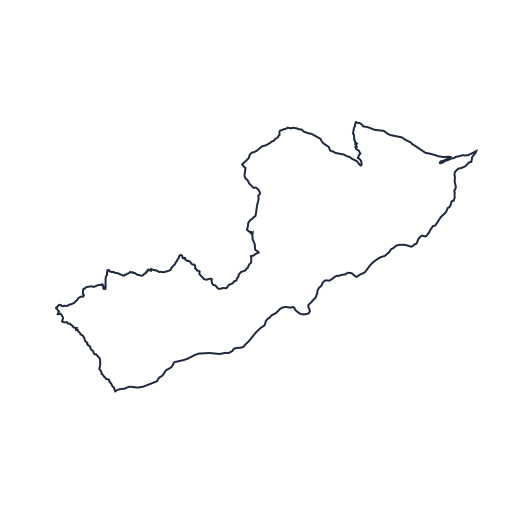 the district of Betulia, Santander, Colombia, rotated 111°
{"feature_id": "7082276B21434370337268", "entity_name": "Betulia", "entity_type": "district", "adm_level": 2, "iso_a3": "COL", "parent_name": "Colombia", "parent_adm1": "Santander", "projection": "mercator", "projection_center": [-73.375, 7.001], "detail": "fine", "context": "isolated", "style": "outline", "palette": "slate", "viewbox_px": 512, "rotation_deg": 111, "n_neighbors": 0, "source": "geoboundaries", "source_scale": "gbopen_adm2", "svg_char_len": 6091}
<svg xmlns="http://www.w3.org/2000/svg" viewBox="0 0 512 512"><g transform="rotate(111 256 256)"><path d="M432.8,339.0L430.9,337.5L429.2,335.5L427.0,331.3L423.8,327.9L422.9,325.8L421.3,319.4L420.4,317.7L419.5,316.7L418.9,315.0L409.2,304.4L408.4,303.7L404.2,302.8L402.1,301.1L400.6,300.3L395.0,299.1L391.1,295.8L389.1,294.8L385.6,294.5L384.2,294.0L379.5,286.8L376.5,283.1L370.7,278.0L367.7,274.6L363.2,264.6L360.5,254.8L357.2,249.6L356.9,248.0L356.1,246.6L353.1,243.9L351.2,243.7L350.3,243.1L349.0,241.4L346.8,236.9L345.2,235.1L342.9,234.4L337.9,232.1L326.7,228.4L321.7,226.0L318.2,223.5L316.9,223.2L313.3,223.5L310.7,222.7L309.1,221.4L305.8,220.2L302.1,216.9L296.7,214.5L294.5,212.7L292.9,210.0L291.8,205.1L290.4,203.4L290.3,202.7L290.7,201.4L291.7,200.9L292.6,199.3L293.6,196.4L294.1,193.5L293.5,190.6L291.8,187.6L290.6,186.2L288.2,185.9L287.0,186.7L284.7,188.9L283.4,189.5L282.6,189.4L280.2,188.2L273.1,185.4L268.6,185.6L265.5,186.2L263.6,185.9L259.9,184.2L256.9,184.2L254.4,182.9L253.6,181.8L252.9,179.1L251.9,177.9L246.6,174.5L245.4,173.3L245.3,172.3L242.7,169.0L241.5,166.5L240.8,165.7L238.8,164.4L237.9,161.2L237.9,160.0L239.3,156.4L239.5,154.7L235.5,151.8L234.0,150.1L231.9,148.4L223.6,146.1L219.9,144.5L215.0,141.3L212.1,138.9L210.0,136.0L204.9,133.1L201.2,132.3L199.5,130.7L196.0,128.7L194.1,126.0L193.0,123.1L192.1,120.3L191.7,114.3L190.1,112.9L188.3,112.3L187.7,111.3L186.6,110.5L181.4,110.5L178.9,109.3L177.4,108.2L177.2,105.1L176.0,104.0L172.4,102.9L169.6,102.7L164.8,101.6L163.2,99.5L153.4,97.4L147.1,94.4L142.5,94.2L140.9,92.9L138.6,92.6L135.1,92.9L134.0,92.3L133.6,91.3L130.3,91.4L128.6,92.3L126.3,92.9L124.0,94.3L122.1,93.9L119.9,94.2L114.9,97.4L111.4,98.4L108.6,100.0L106.0,100.3L102.1,98.6L100.0,95.5L97.1,92.7L92.3,90.7L91.0,88.7L86.4,89.6L82.1,88.5L81.7,88.1L79.2,88.0L83.9,92.2L86.2,94.7L87.3,97.0L87.7,99.1L89.8,101.7L91.7,104.9L93.6,106.3L95.4,109.1L97.0,110.5L99.5,113.5L101.8,115.2L103.4,117.3L103.2,117.8L102.6,117.8L101.3,117.3L100.4,115.7L96.9,112.2L94.0,110.3L94.2,111.7L96.3,116.0L96.9,118.5L97.6,122.1L97.5,123.7L98.3,131.7L99.0,134.6L96.0,147.5L95.7,149.9L94.5,152.4L94.0,157.7L93.0,162.5L94.9,173.7L94.8,176.4L93.4,181.7L95.7,190.3L95.6,196.6L96.0,199.9L96.6,202.3L95.3,204.3L95.1,205.4L94.8,206.8L95.3,209.3L95.0,210.5L95.5,210.9L99.4,210.2L101.6,210.4L107.0,209.3L107.7,208.1L111.2,206.3L112.3,206.1L112.9,205.0L115.3,203.7L115.3,203.3L114.7,202.9L114.9,202.2L116.2,202.9L116.3,202.3L117.1,202.0L117.6,201.2L117.9,201.2L118.6,202.2L119.1,201.2L120.1,201.1L120.8,197.9L123.0,195.3L124.8,196.0L128.0,196.0L128.3,194.2L129.4,192.0L132.9,190.1L134.0,190.6L133.8,191.6L131.3,196.0L130.8,201.6L130.0,203.9L130.3,207.0L129.8,210.4L131.3,218.7L130.9,221.1L131.0,224.6L128.1,227.1L126.7,233.5L125.4,235.7L123.5,237.8L122.1,247.8L122.8,252.2L122.7,256.4L121.6,258.6L122.4,262.0L122.2,263.8L123.2,267.9L124.2,268.7L124.8,272.4L126.1,273.3L128.0,275.8L129.3,277.0L130.3,278.5L131.7,278.6L134.8,277.4L135.5,277.9L137.4,278.2L140.2,280.1L142.0,280.7L143.9,282.6L145.6,283.5L149.1,286.4L151.5,289.7L157.7,293.1L160.2,295.6L161.0,297.0L163.6,298.1L166.9,297.9L168.3,298.3L175.4,301.8L176.7,299.9L177.7,297.3L184.2,295.8L185.4,295.4L187.0,294.1L188.3,291.0L190.7,288.3L193.2,283.0L192.2,280.5L192.9,278.1L194.3,276.1L196.0,274.7L197.0,274.7L198.8,275.4L199.8,275.2L201.5,274.0L208.1,273.2L217.2,271.1L219.1,270.9L220.3,272.0L222.1,272.6L224.4,274.1L226.8,274.9L228.2,275.0L231.6,274.1L234.7,273.9L235.7,271.0L235.3,269.4L236.2,269.5L236.8,268.5L236.6,267.8L235.7,267.4L238.3,266.8L239.5,265.9L241.3,265.4L245.6,261.3L249.5,259.6L250.5,258.8L251.5,254.8L252.0,254.8L254.0,256.9L256.6,258.6L258.0,260.8L259.5,259.7L263.8,258.2L266.3,259.3L270.0,259.5L272.0,260.7L273.2,260.7L276.4,264.3L279.8,265.5L281.2,265.0L283.8,265.7L286.0,265.5L287.3,267.3L290.0,268.1L292.7,270.9L296.7,272.1L297.6,275.1L299.7,278.0L300.0,279.9L298.0,283.4L298.3,285.3L298.1,286.4L295.2,288.6L293.6,288.9L293.3,289.5L293.6,290.8L295.9,293.7L296.2,296.2L293.9,301.0L292.8,302.6L290.8,303.0L290.4,303.4L290.7,306.0L289.5,307.2L289.3,308.5L287.1,309.2L286.1,310.3L286.6,311.2L286.6,312.8L284.7,316.3L284.8,317.4L285.2,318.0L284.8,320.3L284.4,321.0L283.2,321.5L283.4,322.3L284.1,322.9L284.1,323.8L282.2,325.1L282.1,327.0L284.0,327.7L285.7,327.3L287.1,328.0L289.1,328.0L290.9,328.7L292.7,328.7L297.6,330.8L299.2,330.7L300.4,331.4L303.9,335.9L304.6,337.6L304.9,339.4L305.7,340.8L305.2,342.6L305.5,344.1L305.2,344.9L305.9,346.4L305.7,349.2L307.4,348.8L307.5,349.8L307.1,351.5L307.8,352.1L308.8,351.8L309.3,351.9L309.8,352.7L311.1,352.5L312.5,353.8L313.9,354.2L315.3,355.3L316.0,360.2L315.3,363.1L315.7,364.1L315.3,365.2L316.0,365.7L315.9,367.7L317.6,368.5L318.8,369.9L320.0,370.6L320.3,371.7L321.7,372.2L321.9,372.8L321.7,375.4L321.9,376.1L321.5,378.1L322.3,381.8L321.9,383.0L322.7,385.3L322.8,386.9L321.9,388.3L322.2,389.4L322.6,389.6L323.5,389.0L324.5,389.3L326.8,388.4L329.0,388.7L331.2,388.3L334.6,386.9L335.9,386.7L337.1,385.8L340.7,384.8L341.3,386.5L340.3,387.1L339.1,386.9L339.0,388.4L337.8,388.6L337.6,389.7L338.8,390.9L339.3,392.5L343.0,396.3L343.3,398.9L345.9,403.3L347.8,404.2L348.3,405.2L349.2,405.3L353.2,404.2L354.2,402.6L355.8,402.7L356.3,404.4L358.6,406.6L361.1,407.2L365.2,409.2L367.6,411.6L368.1,412.7L370.0,414.1L370.6,415.2L371.0,416.8L372.0,418.2L372.3,419.5L371.7,420.9L371.9,421.6L372.7,422.7L374.4,423.1L375.4,424.0L376.5,423.9L376.8,422.5L377.8,421.5L378.3,420.1L381.3,420.3L381.1,419.2L380.0,418.2L380.1,417.3L382.3,414.4L383.7,413.8L386.6,413.6L386.7,411.2L385.5,408.8L386.5,407.3L385.9,405.0L386.5,404.0L387.0,402.1L388.1,400.8L387.5,397.5L389.0,397.9L389.5,397.7L389.0,395.9L389.8,395.2L391.1,392.6L392.1,391.7L392.2,389.5L393.7,387.4L396.6,384.9L397.6,382.3L398.6,382.2L398.9,381.3L399.6,380.7L399.5,380.0L400.0,378.4L401.1,377.8L402.2,376.7L402.8,375.7L403.1,374.0L405.0,372.5L405.5,371.4L405.1,370.1L407.6,365.3L409.1,364.1L411.3,363.5L412.6,362.6L417.5,361.8L419.6,358.7L421.3,358.0L422.0,355.9L423.1,354.8L423.3,353.7L424.5,352.0L424.1,349.4L424.3,348.7L425.5,348.1L427.1,345.4L429.2,343.2L429.8,341.4L432.8,339.0Z" fill="none" stroke="#1e293b" stroke-width="2"/></g></svg>